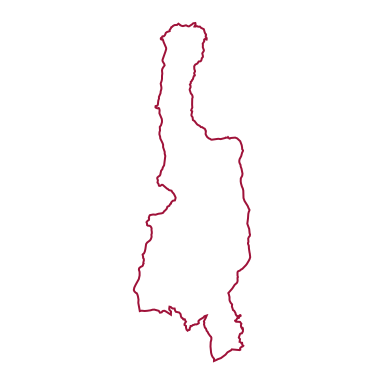 the district of North Pentecost, Penama, Vanuatu
{"feature_id": "77236927B73444068942664", "entity_name": "North Pentecost", "entity_type": "district", "adm_level": 2, "iso_a3": "VUT", "parent_name": "Vanuatu", "parent_adm1": "Penama", "projection": "natural_earth1", "projection_center": [168.162, -15.542], "detail": "fine", "context": "isolated", "style": "outline", "palette": "rose", "viewbox_px": 384, "rotation_deg": 0, "n_neighbors": 0, "source": "geoboundaries", "source_scale": "gbopen_adm2", "svg_char_len": 6008}
<svg xmlns="http://www.w3.org/2000/svg" viewBox="0 0 384 384"><path d="M243.3,345.8L242.3,344.8L242.1,343.0L241.4,343.2L240.9,342.5L240.1,341.9L239.6,341.8L240.0,339.1L238.8,337.6L240.0,334.0L240.5,333.6L241.9,333.3L242.9,331.4L243.0,329.2L242.6,327.8L242.1,327.6L241.8,328.1L241.1,326.9L240.9,325.1L241.4,323.8L240.0,321.9L236.0,321.7L235.1,320.8L235.1,320.6L236.3,320.0L237.0,318.7L237.6,318.2L238.9,317.9L239.3,316.6L240.6,315.9L240.6,315.4L240.3,315.1L239.8,315.2L239.1,315.9L238.5,316.1L237.8,317.1L237.5,317.0L237.3,316.0L236.4,315.5L235.7,314.3L235.5,313.1L234.2,310.8L233.0,310.0L232.3,307.6L231.9,306.7L232.1,304.4L230.7,302.8L229.7,300.8L229.5,299.7L229.5,297.0L228.8,294.2L228.3,293.1L232.3,288.5L234.7,284.8L236.8,283.0L237.4,281.8L237.6,280.7L237.5,277.8L237.9,277.1L237.5,275.5L237.5,272.6L237.7,271.8L238.1,271.3L240.0,270.5L240.8,269.7L242.4,268.8L245.9,265.2L246.9,263.9L248.8,260.7L249.6,259.1L250.2,257.2L249.8,253.7L249.5,252.3L248.9,248.2L248.8,245.8L248.0,243.7L248.0,242.9L248.4,242.0L248.2,238.6L248.8,237.1L249.8,235.9L250.0,234.5L249.6,233.2L249.2,229.0L247.3,223.7L248.0,218.4L248.3,213.9L248.8,211.8L249.4,210.5L249.4,209.6L248.8,208.7L247.7,206.0L244.5,200.9L243.5,198.0L243.3,190.6L242.8,188.5L241.9,186.5L241.0,183.4L240.7,181.3L240.8,178.4L242.2,175.7L242.5,173.7L241.5,168.7L240.7,166.6L240.5,164.8L239.8,163.6L239.3,162.0L239.3,160.7L239.6,159.2L241.2,156.1L242.1,152.7L242.9,151.1L243.0,150.4L242.2,149.2L242.1,147.6L241.7,145.2L240.2,141.2L237.2,138.4L235.2,137.6L230.8,138.0L229.8,138.6L229.3,138.5L228.0,137.1L227.5,137.7L225.6,137.6L225.2,138.0L220.7,139.1L218.2,138.8L211.9,139.7L211.3,139.7L210.1,138.9L208.7,138.3L207.1,136.9L206.1,135.2L205.6,134.0L205.9,131.0L205.5,130.7L205.4,129.9L204.7,128.7L203.4,128.1L202.3,127.2L200.9,127.1L199.8,125.9L197.5,124.7L196.8,124.0L194.5,121.0L192.9,120.0L192.6,117.3L191.5,115.7L191.4,115.0L192.2,111.3L191.2,110.5L191.4,109.6L192.3,107.6L192.1,104.8L192.2,98.7L192.7,97.1L192.3,95.4L191.8,94.5L190.9,93.5L189.7,89.9L189.7,89.3L190.6,87.1L190.5,85.7L189.9,84.6L190.8,83.2L190.8,81.8L191.7,81.1L192.1,80.0L192.8,79.4L193.8,76.1L194.8,75.5L194.8,75.0L194.2,73.7L194.2,73.0L195.0,71.5L195.0,71.0L194.3,69.0L194.2,66.3L194.9,65.1L195.4,64.5L197.4,63.5L198.7,61.5L200.5,61.3L201.1,60.7L201.5,59.8L201.8,58.3L202.9,56.9L202.9,56.0L202.3,53.3L203.7,51.1L203.9,50.2L202.8,47.2L202.9,45.0L202.7,43.7L204.2,41.3L204.1,40.1L204.2,39.5L204.7,39.1L205.9,38.7L206.3,39.6L206.6,39.6L206.7,38.4L206.4,37.5L205.7,36.9L205.7,36.0L206.1,35.0L205.9,34.2L205.3,33.7L204.7,32.3L203.8,29.2L201.0,27.8L199.9,26.6L198.2,26.7L196.9,26.1L195.2,26.6L194.5,26.5L195.6,24.3L195.3,23.0L193.2,23.3L192.3,24.2L189.1,26.3L188.1,26.3L186.0,25.3L182.9,26.1L181.9,25.9L180.2,25.2L180.1,24.9L178.4,23.7L177.1,24.9L174.5,25.1L172.8,26.1L172.2,26.8L171.3,27.2L170.8,28.4L169.7,29.9L169.7,31.1L167.0,32.0L165.8,32.9L165.1,34.8L164.6,35.5L163.7,36.3L162.5,36.3L161.9,37.3L160.9,38.1L160.8,38.5L160.8,39.0L161.0,39.3L161.8,39.6L162.6,39.3L163.0,40.0L163.6,42.0L166.1,47.8L166.2,49.0L165.4,51.7L162.6,59.6L162.5,60.5L162.7,61.4L164.3,64.1L164.6,65.4L163.1,67.5L162.3,69.0L162.0,70.5L162.3,73.5L162.0,75.9L162.0,78.8L161.7,80.6L160.7,83.6L161.4,87.3L161.4,88.9L160.7,91.3L160.5,93.3L158.9,97.0L159.0,98.6L158.3,100.6L157.9,104.4L157.5,105.4L157.1,105.8L155.6,106.1L155.5,106.5L155.5,107.4L155.7,107.6L157.2,108.3L157.7,108.3L158.4,108.0L159.1,108.3L159.6,110.2L159.4,113.3L161.8,119.0L162.0,121.0L161.9,122.4L161.0,125.3L159.8,126.9L160.0,130.6L159.5,132.1L159.4,134.3L160.1,136.6L160.3,138.5L162.5,143.0L163.1,144.7L163.1,147.2L164.7,151.9L164.7,153.7L165.3,156.0L164.1,165.3L162.8,167.5L162.4,169.1L161.1,170.8L160.3,174.7L159.8,175.6L158.4,176.6L157.5,177.4L157.2,178.1L157.4,179.0L157.9,180.2L157.5,182.6L158.4,183.7L158.9,185.5L159.2,185.9L160.2,185.9L161.8,184.8L162.7,184.9L167.2,188.8L167.7,188.9L169.0,190.1L171.5,190.7L172.5,192.4L173.4,193.3L174.1,194.3L175.6,197.5L175.5,198.4L174.9,200.4L173.0,200.7L171.9,201.6L171.1,202.6L171.0,203.6L170.0,204.3L169.3,205.8L167.4,206.7L166.7,208.8L165.0,210.6L164.1,211.3L163.2,212.7L161.8,213.3L158.3,213.8L155.6,214.7L153.1,214.5L150.0,215.1L149.6,215.5L148.8,217.7L149.1,218.7L149.0,219.6L148.8,220.1L147.7,220.7L146.5,222.2L147.0,223.6L147.1,225.1L147.7,225.6L149.6,225.8L150.5,226.3L151.2,227.3L151.6,228.3L151.5,229.9L151.8,231.9L151.8,233.4L151.4,234.7L151.6,236.9L151.0,238.8L150.1,240.3L147.1,242.6L146.1,244.1L145.4,249.0L144.8,251.6L143.9,253.5L143.1,254.0L142.6,254.6L143.1,256.7L143.1,257.9L143.7,258.7L143.9,260.1L143.3,262.9L143.6,263.6L143.2,264.0L142.8,265.6L142.3,266.1L140.5,267.0L139.1,268.3L138.9,269.8L139.5,271.6L139.6,272.5L139.6,275.5L138.8,279.1L135.7,284.7L134.3,287.6L133.8,290.0L134.4,291.4L135.8,292.8L136.7,293.2L137.3,294.3L137.9,296.2L138.5,299.6L138.3,302.9L139.8,311.1L141.5,310.7L144.7,311.0L147.2,310.8L150.6,310.3L152.6,309.7L154.3,309.6L158.7,310.8L160.0,312.7L161.7,312.3L162.4,311.3L163.1,310.9L164.6,310.8L166.3,311.7L170.9,314.7L171.0,311.5L169.3,309.7L169.2,308.6L169.5,306.7L170.8,307.0L171.5,307.8L172.7,308.5L174.6,308.5L175.1,310.6L175.9,311.8L179.2,312.5L180.6,314.2L180.9,316.1L181.5,317.6L182.7,318.3L183.0,319.0L183.3,319.4L183.7,319.5L184.1,319.2L184.8,319.3L185.5,321.1L186.0,321.7L184.6,323.7L184.5,324.9L186.0,326.0L186.0,327.7L186.6,329.7L187.6,330.7L188.4,330.1L189.4,329.9L189.7,329.6L189.7,328.2L190.4,327.0L190.6,326.0L191.9,325.9L193.0,325.0L193.9,324.9L194.8,324.4L196.5,324.4L197.6,324.0L198.8,323.1L198.7,322.3L198.4,321.8L198.6,320.8L199.9,319.6L203.3,317.6L204.5,316.2L206.7,315.5L205.7,318.0L204.3,320.5L203.9,321.6L204.3,322.8L204.0,324.3L204.9,327.6L205.9,328.5L206.7,330.9L207.8,332.1L208.2,333.2L210.0,335.8L211.0,336.8L211.4,337.8L211.3,339.8L210.7,342.0L210.5,346.5L211.1,352.8L211.7,355.0L212.5,356.8L214.1,358.8L214.0,361.0L217.0,359.7L217.3,359.4L220.9,358.1L225.5,354.7L227.5,352.3L231.2,350.2L231.8,349.4L239.7,350.1L240.3,349.7L240.1,348.4L240.4,347.8L241.2,347.1L242.7,346.4L243.3,345.8Z" fill="none" stroke="#9f1239" stroke-width="2"/></svg>